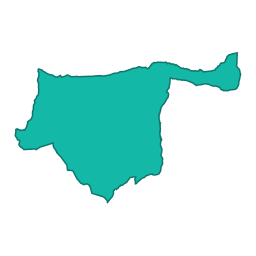 Varfurile, Arad, Romania
{"feature_id": "2599482B32847721384384", "entity_name": "Varfurile", "entity_type": "district", "adm_level": 2, "iso_a3": "ROU", "parent_name": "Romania", "parent_adm1": "Arad", "projection": "orthographic", "projection_center": [22.555, 46.342], "detail": "fine", "context": "isolated", "style": "filled", "palette": "teal", "viewbox_px": 256, "rotation_deg": 0, "n_neighbors": 0, "source": "geoboundaries", "source_scale": "gbopen_adm2", "svg_char_len": 5721}
<svg xmlns="http://www.w3.org/2000/svg" viewBox="0 0 256 256"><path d="M107.1,203.1L110.4,198.6L111.9,197.1L112.7,195.6L113.5,193.3L113.4,191.2L113.9,190.4L114.4,190.3L114.5,190.1L114.4,189.7L115.0,189.1L116.1,188.9L116.6,189.3L116.8,188.8L118.1,188.3L118.4,187.8L118.5,187.4L118.9,186.7L119.7,186.4L120.3,185.9L120.5,185.2L120.8,185.2L121.3,185.4L122.5,185.1L125.1,183.1L126.5,182.5L126.9,182.1L126.9,181.7L129.2,178.9L129.4,178.2L130.1,177.8L130.8,177.4L132.1,177.3L133.5,176.7L134.7,177.0L135.2,177.3L135.6,177.2L135.4,178.0L135.0,178.5L134.9,179.2L134.9,180.2L135.3,180.6L135.4,183.8L136.0,183.7L136.5,183.4L137.7,181.9L141.6,178.6L142.3,178.1L144.0,177.6L144.7,177.2L146.4,175.6L148.1,175.2L149.6,174.5L150.8,174.3L152.1,173.9L152.4,174.6L153.0,174.8L154.9,175.0L156.9,174.6L158.1,174.2L159.1,173.7L159.4,172.9L160.6,171.1L161.1,166.6L162.3,164.6L162.6,163.7L162.6,162.8L162.3,161.5L162.7,158.8L161.7,156.8L161.1,156.0L161.0,154.9L161.4,153.7L161.9,150.4L161.8,148.7L160.8,146.3L160.4,144.8L160.8,140.8L161.3,140.6L161.3,140.2L161.6,139.9L161.5,139.3L161.3,138.9L160.8,139.3L160.5,138.1L160.9,138.0L160.8,137.1L160.4,137.0L160.2,136.9L160.2,136.5L160.3,135.9L160.1,135.7L159.9,134.6L159.8,132.8L160.3,131.9L160.2,131.6L159.8,131.4L159.7,131.1L159.9,130.7L160.3,130.2L160.4,129.2L160.2,127.1L160.0,126.5L159.9,126.0L160.2,125.8L160.3,125.5L160.2,125.3L160.0,125.0L159.9,124.4L160.3,123.9L160.5,123.4L160.4,123.0L159.8,123.0L159.8,122.3L159.5,121.9L159.6,120.9L159.2,119.8L159.0,119.2L159.1,118.7L158.9,117.5L159.0,116.9L159.2,116.3L159.2,115.6L158.8,114.9L159.0,114.6L159.0,114.1L159.7,113.7L159.7,113.1L160.2,111.8L160.3,111.1L160.5,110.8L160.4,110.3L161.0,108.6L160.9,107.8L161.1,107.2L161.7,106.7L162.1,105.9L162.5,104.9L163.2,104.6L164.3,103.5L164.6,102.6L165.3,101.8L166.8,98.9L167.9,97.6L168.2,96.6L168.6,94.8L168.3,93.0L167.0,92.2L166.5,91.7L167.4,90.4L168.1,88.8L169.1,88.0L169.3,86.1L169.3,85.1L169.8,84.2L169.9,81.3L170.3,77.8L172.6,78.8L176.2,78.8L177.5,79.7L178.6,79.6L180.1,79.7L182.2,80.2L182.6,80.0L186.8,80.5L189.2,81.5L192.1,82.6L193.5,83.4L196.3,85.5L198.3,84.9L201.8,84.6L204.4,83.8L207.1,84.0L209.2,84.5L211.8,85.7L213.4,86.1L215.6,86.0L217.6,86.6L219.7,87.5L220.8,89.1L221.8,90.0L222.9,90.0L223.5,90.6L228.1,90.7L230.2,89.8L232.5,89.7L235.3,89.3L236.8,88.3L237.8,86.5L238.7,84.3L238.8,81.6L239.5,79.4L240.6,74.1L240.1,72.9L239.7,70.5L239.2,69.3L238.6,68.5L237.6,67.7L237.3,67.3L237.1,66.7L236.5,65.6L236.9,63.5L237.0,57.6L237.2,54.8L237.1,54.0L237.3,52.9L233.7,53.6L232.0,54.0L230.1,54.7L229.1,54.8L228.8,55.1L227.4,56.3L226.9,56.9L226.6,58.3L226.4,58.7L225.6,59.8L225.2,61.3L225.0,61.8L224.5,62.4L223.6,62.8L221.5,63.0L220.6,63.4L220.4,63.6L219.7,65.3L218.7,66.0L217.9,66.2L217.7,66.8L217.2,67.6L215.8,68.6L215.3,69.7L215.0,69.9L213.9,70.3L210.9,71.1L209.9,71.2L208.0,71.3L206.8,71.6L205.0,71.7L204.3,71.9L203.4,71.8L202.4,71.0L202.0,70.8L201.9,70.3L201.5,70.1L200.8,70.2L200.6,70.0L200.3,69.6L199.9,69.5L199.6,69.7L199.3,70.4L198.8,70.6L198.6,70.9L198.2,71.1L197.8,71.1L197.4,70.9L197.2,71.0L196.8,71.4L196.6,71.4L195.5,70.8L195.0,70.7L194.0,70.9L193.8,71.1L193.7,71.2L193.0,70.9L190.2,70.6L189.6,70.2L189.2,69.6L188.9,69.4L188.0,69.3L186.1,68.7L184.6,68.9L184.1,68.7L183.5,68.2L182.4,68.4L180.8,67.9L179.5,67.2L179.0,66.6L177.2,65.6L176.5,64.9L175.8,64.8L175.2,65.1L174.6,64.8L174.3,64.4L172.9,64.0L172.3,64.0L171.8,63.8L171.5,63.9L171.4,64.1L170.9,64.1L170.4,63.8L170.0,63.3L169.6,63.0L168.6,63.2L167.7,63.6L167.3,63.6L167.2,63.6L166.7,62.5L166.6,62.4L166.1,62.4L165.8,62.2L165.0,62.4L163.6,62.4L162.3,62.6L161.0,62.2L159.6,62.4L158.8,62.1L157.5,62.3L157.1,62.2L156.3,62.7L155.7,62.8L154.9,62.7L154.3,62.4L153.6,62.7L151.8,64.0L151.4,64.8L150.8,65.2L150.6,65.8L150.0,66.6L149.7,66.9L149.3,67.6L147.8,68.6L147.0,68.4L146.0,67.5L145.5,67.4L145.2,67.3L143.8,67.6L142.5,67.4L141.9,67.6L139.9,66.9L138.6,66.8L137.6,67.2L137.1,67.6L136.6,67.8L135.4,68.1L133.8,68.2L132.6,68.5L130.4,69.4L123.9,71.6L123.1,71.7L121.8,71.5L120.3,71.7L119.7,71.9L118.5,72.7L117.8,72.9L116.6,73.2L115.1,73.1L114.2,73.3L109.5,75.0L105.3,75.8L103.5,76.1L100.9,75.8L100.2,75.6L98.4,75.8L94.4,76.0L93.0,76.3L91.8,76.3L90.8,76.5L90.4,76.3L81.6,76.6L78.3,76.9L77.0,76.3L74.2,76.7L70.5,76.6L69.6,75.8L67.5,75.0L67.0,75.1L64.6,76.4L61.7,77.2L60.3,75.4L57.7,76.9L56.2,77.2L55.2,76.8L52.9,75.3L52.2,75.1L49.9,74.6L48.5,74.2L47.2,73.6L45.0,72.2L43.1,71.2L41.8,69.9L38.5,69.0L38.2,69.8L38.1,71.6L39.0,73.1L38.9,74.7L38.9,75.4L38.6,76.6L38.5,77.5L38.4,77.8L37.9,78.4L37.7,79.3L37.6,80.2L37.6,80.9L38.0,82.1L38.4,82.7L38.6,83.5L38.5,87.4L38.7,89.1L38.9,90.5L38.6,91.4L38.5,92.1L38.6,92.9L38.5,93.8L38.3,94.7L38.0,95.3L37.0,96.1L36.6,96.8L36.4,97.7L35.8,99.0L34.6,100.1L34.4,100.5L34.4,101.0L34.6,101.4L34.8,101.9L34.7,102.9L34.7,103.4L33.6,104.9L33.5,105.6L33.4,107.6L33.2,108.4L33.4,109.8L33.2,110.3L32.8,110.7L32.6,111.3L32.5,113.1L32.5,115.6L32.3,116.6L31.6,118.1L30.6,119.7L29.9,120.2L29.2,120.4L28.3,121.4L27.8,121.6L27.6,122.0L27.5,124.0L27.0,125.3L26.4,127.4L24.8,129.6L24.7,130.2L23.8,129.8L23.0,130.2L22.5,130.1L22.0,130.3L20.8,130.3L20.3,130.0L19.6,130.3L19.4,130.2L19.0,129.7L18.6,129.4L18.2,129.5L17.8,129.4L17.4,129.5L17.3,128.9L17.1,128.8L16.4,129.3L15.8,129.5L15.9,130.6L15.8,132.5L15.4,134.2L15.4,136.0L17.0,138.3L17.3,139.4L18.2,140.2L18.8,140.2L19.5,140.6L19.6,141.1L19.6,141.9L19.1,143.5L18.9,144.5L19.3,145.6L20.6,147.1L21.2,147.1L24.0,149.6L35.0,148.9L36.1,149.7L39.8,147.2L53.0,143.1L53.4,146.4L54.2,148.2L55.6,149.9L56.2,151.1L56.9,152.7L60.8,156.8L67.0,165.2L67.4,169.8L68.0,170.4L69.1,170.3L71.1,170.4L72.9,170.8L77.1,178.9L80.7,183.1L84.0,184.7L85.2,184.1L87.7,184.0L89.6,185.8L90.6,188.2L91.9,193.3L103.0,196.7L104.5,197.6L107.8,201.4L107.1,203.1Z" fill="#14b8a6" stroke="#0f766e" stroke-width="1.5"/></svg>